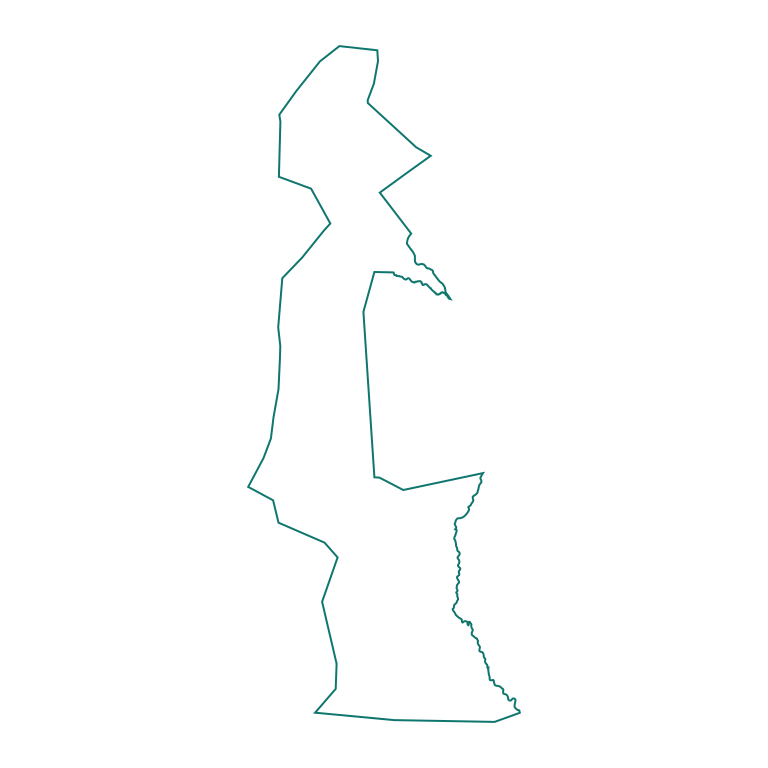 Bayandelger, Töv, Mongolia
{"feature_id": "93677404B81168831538061", "entity_name": "Bayandelger", "entity_type": "district", "adm_level": 2, "iso_a3": "MNG", "parent_name": "Mongolia", "parent_adm1": "Töv", "projection": "mercator", "projection_center": [108.382, 47.82], "detail": "fine", "context": "isolated", "style": "outline", "palette": "teal", "viewbox_px": 768, "rotation_deg": 0, "n_neighbors": 0, "source": "geoboundaries", "source_scale": "gbopen_adm2", "svg_char_len": 6097}
<svg xmlns="http://www.w3.org/2000/svg" viewBox="0 0 768 768"><path d="M315.1,712.7L394.0,720.1L494.6,721.9L519.8,712.8L519.3,710.4L517.8,710.0L516.6,709.3L515.3,708.0L514.7,707.1L514.5,705.7L515.0,702.8L515.4,701.4L515.5,699.8L514.7,698.8L513.8,698.4L512.9,698.5L512.5,698.7L511.7,699.7L511.0,700.4L509.9,700.6L509.0,700.3L508.3,699.5L508.2,698.8L508.0,697.2L507.4,695.8L506.5,694.8L505.6,694.3L504.3,694.0L503.7,693.8L503.4,693.4L503.1,692.6L503.1,691.6L503.3,690.1L503.3,689.5L502.9,688.9L502.0,688.4L501.3,687.7L500.5,687.0L499.8,686.4L497.7,685.9L496.3,685.7L495.2,685.3L494.7,684.8L494.5,684.2L494.3,683.2L493.9,682.2L493.8,681.6L493.8,680.6L493.5,680.2L493.0,680.0L492.3,680.1L491.4,680.3L490.7,680.3L490.0,680.0L489.7,679.4L489.6,676.8L489.2,675.5L488.8,674.1L488.6,672.4L488.4,671.1L488.2,669.7L488.4,667.8L488.2,667.9L488.0,668.3L487.8,668.3L487.6,668.0L487.4,667.2L487.4,666.3L487.2,664.9L486.8,664.4L486.2,663.9L485.4,662.6L485.1,662.0L485.1,660.5L485.3,659.2L485.2,658.6L484.8,658.3L484.2,657.7L483.8,656.9L483.7,656.2L483.7,655.0L483.5,654.1L482.8,652.7L482.0,652.0L481.1,651.9L480.4,651.7L479.8,651.3L479.4,650.8L479.4,650.0L479.9,647.6L479.8,646.6L479.1,645.5L478.6,645.0L478.1,644.0L477.8,643.4L477.7,642.8L477.7,642.3L478.0,641.6L478.0,641.1L477.9,640.5L477.5,639.9L477.1,639.4L477.0,639.0L477.0,638.7L475.9,638.0L475.3,637.8L474.2,636.8L473.3,636.0L472.4,635.4L472.0,635.0L471.8,634.4L471.7,633.5L471.7,633.0L472.5,631.0L472.8,629.9L472.5,629.2L472.0,628.5L471.6,627.7L471.4,627.1L471.3,625.9L471.3,624.4L470.9,623.6L469.7,621.9L469.0,621.8L468.6,622.2L468.4,622.7L468.5,623.3L468.7,624.3L468.6,624.9L468.4,625.2L468.0,625.0L467.7,624.6L467.4,622.5L467.0,621.7L466.2,621.3L465.5,621.2L464.7,621.2L464.0,621.5L463.4,621.9L462.9,622.4L462.7,622.5L462.4,622.3L462.1,622.1L461.9,620.6L461.7,619.6L461.3,619.0L460.5,618.6L459.8,618.2L458.4,617.3L456.0,615.1L454.8,612.9L453.0,610.2L452.7,609.3L452.7,609.0L453.2,608.6L453.6,608.2L453.8,607.7L454.0,606.0L454.4,604.7L456.3,603.1L457.1,601.0L457.5,600.4L458.0,599.5L458.0,598.4L457.6,597.2L457.3,596.4L457.2,596.0L457.3,595.1L457.2,593.9L456.9,593.5L456.4,593.0L456.3,592.7L456.3,592.4L456.5,592.0L457.4,591.1L457.5,590.7L457.5,590.3L457.2,589.5L456.8,588.8L456.6,588.3L456.7,587.3L456.9,585.8L457.2,584.7L458.3,583.5L459.1,582.3L459.1,581.9L458.9,581.4L457.1,578.0L457.0,577.4L457.1,577.0L457.3,576.6L459.0,575.2L459.2,574.8L459.3,574.3L459.1,573.3L458.8,572.6L458.8,571.8L459.0,571.0L459.8,570.0L460.3,569.0L460.2,568.4L459.8,567.7L459.0,567.1L458.3,566.4L458.0,565.8L458.0,565.1L458.4,564.4L459.1,563.3L459.3,562.3L459.4,561.8L459.1,560.4L458.4,559.2L457.8,558.5L457.6,557.9L457.6,557.2L458.1,556.5L459.3,555.0L459.6,554.2L459.7,553.5L459.5,552.7L458.9,551.9L457.6,550.9L457.3,550.3L457.2,548.9L456.9,547.6L456.3,546.4L456.0,545.4L456.0,544.1L455.3,540.5L454.8,539.8L454.5,539.4L454.3,538.9L454.2,538.4L454.5,537.1L455.4,535.4L455.4,534.7L455.9,533.5L456.3,532.2L456.6,531.2L456.6,530.5L456.4,529.8L455.2,529.3L456.2,528.1L456.2,527.3L454.9,524.6L454.7,523.9L454.9,523.4L455.2,523.0L455.4,522.1L455.5,521.6L455.7,520.7L456.2,519.9L457.2,518.7L457.9,518.3L460.8,518.1L463.1,517.1L465.1,515.6L467.3,513.0L468.8,510.5L469.1,509.0L468.7,507.6L468.4,507.5L468.3,507.3L468.4,507.0L468.5,506.8L469.0,506.4L469.5,506.1L470.7,505.2L471.5,503.5L472.4,502.3L473.0,501.3L473.3,500.4L472.9,498.7L472.7,497.3L472.8,496.6L473.7,495.9L475.7,494.6L476.9,493.4L477.7,492.0L477.7,491.3L478.0,490.0L478.3,489.6L479.0,485.9L479.6,484.6L480.8,483.0L481.3,482.4L481.4,481.8L481.3,481.3L481.3,480.7L481.1,480.0L480.8,479.4L480.5,478.9L480.4,478.0L480.5,477.4L481.0,476.6L482.2,474.3L483.0,473.1L403.3,490.0L379.4,477.6L374.4,477.3L363.4,311.9L374.4,272.0L393.3,272.4L393.6,272.5L393.9,273.4L393.9,273.8L394.1,274.4L394.5,275.0L394.9,275.1L395.5,275.3L396.3,275.2L396.4,275.4L396.4,275.6L396.8,276.0L397.5,275.9L398.3,276.2L399.3,276.1L400.2,276.5L402.0,276.8L402.6,277.4L403.7,278.6L405.3,279.5L405.8,279.5L406.5,279.3L407.2,278.7L408.0,278.2L408.4,278.2L409.0,278.4L409.7,279.0L411.0,280.8L411.8,281.6L412.5,282.0L413.4,282.1L413.8,282.4L414.2,282.5L414.7,282.5L415.3,281.8L415.5,281.7L416.1,281.9L416.6,281.8L417.2,281.4L418.1,281.2L419.1,281.3L419.8,281.1L420.3,281.2L420.9,281.6L421.6,282.3L421.7,282.6L421.6,282.8L421.6,283.4L422.4,284.2L422.5,284.7L422.8,285.0L423.3,285.0L423.6,284.9L423.9,284.8L424.0,284.5L424.5,284.3L425.3,284.2L426.4,284.3L426.9,284.5L427.3,285.0L427.6,285.4L428.0,285.7L428.3,286.2L428.8,286.5L429.1,287.0L429.5,287.3L429.8,287.8L430.2,288.0L430.9,288.3L431.1,289.1L431.9,289.8L433.1,291.0L433.8,291.4L434.2,292.0L434.6,292.3L434.8,292.7L435.2,292.6L435.7,293.0L436.2,294.0L436.5,294.3L436.7,294.5L437.1,294.5L437.3,294.4L437.8,294.3L438.2,294.6L438.6,294.5L438.8,294.4L439.0,294.2L439.4,294.2L439.6,294.1L439.7,293.8L439.9,293.6L440.4,293.5L440.9,293.4L441.2,293.1L441.2,292.7L441.6,292.6L441.8,292.4L442.5,292.2L443.2,292.5L443.6,292.8L443.9,293.1L444.7,293.5L445.1,293.5L445.5,293.4L445.8,293.9L446.0,294.2L445.9,294.4L445.8,294.7L445.9,295.0L446.1,295.2L446.9,295.4L447.2,295.6L447.3,296.0L447.5,296.5L448.2,296.9L448.3,297.8L448.7,297.9L448.8,298.3L449.2,298.7L449.7,298.9L450.4,299.1L448.5,296.1L446.3,293.2L445.6,292.1L445.3,291.0L445.3,289.6L444.8,287.5L443.8,285.6L442.5,283.7L440.4,282.1L439.3,281.1L438.3,279.9L433.5,273.5L433.1,272.6L433.1,271.8L432.7,270.7L431.8,269.9L431.0,269.6L430.2,269.1L428.8,268.4L427.5,268.4L426.4,267.7L425.2,265.9L423.9,264.5L421.6,263.9L420.5,264.2L418.4,264.7L417.4,264.4L416.5,263.9L415.2,262.2L414.9,260.1L414.9,255.8L413.1,252.2L410.0,248.1L406.9,243.7L407.4,240.3L408.1,238.1L409.1,236.3L411.2,233.6L379.8,192.6L404.8,174.4L430.7,155.8L416.2,147.3L367.8,103.0L367.7,100.2L373.9,83.6L378.0,61.1L377.3,50.3L339.4,46.1L320.0,61.3L296.4,90.9L279.3,114.7L280.4,121.6L278.9,176.8L311.1,188.7L330.3,223.5L323.9,230.6L302.2,257.5L282.3,278.2L278.2,327.4L280.3,346.1L279.9,359.5L278.5,389.2L273.5,417.4L270.9,438.5L263.5,458.1L248.2,486.9L273.1,500.3L278.5,522.7L324.5,542.6L337.6,557.4L322.1,601.8L336.6,663.7L335.7,688.9L315.1,712.7Z" fill="none" stroke="#0f766e" stroke-width="2"/></svg>